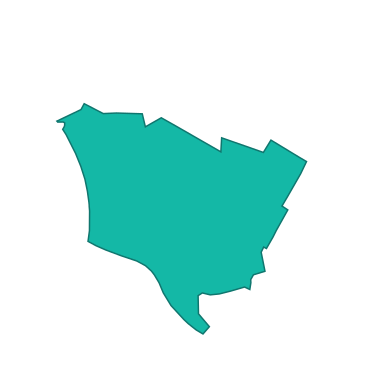 Delaware, Pennsylvania, United States of America, rotated 61°
{"feature_id": "52423323B13183182177213", "entity_name": "Delaware", "entity_type": "district", "adm_level": 2, "iso_a3": "USA", "parent_name": "United States of America", "parent_adm1": "Pennsylvania", "projection": "orthographic", "projection_center": [-75.397, 39.934], "detail": "fine", "context": "isolated", "style": "filled", "palette": "teal", "viewbox_px": 384, "rotation_deg": 61, "n_neighbors": 0, "source": "geoboundaries", "source_scale": "gbopen_adm2", "svg_char_len": 1040}
<svg xmlns="http://www.w3.org/2000/svg" viewBox="0 0 384 384"><g transform="rotate(61 192 192)"><path d="M277.5,154.3L270.6,142.9L266.5,136.9L254.1,116.9L247.9,120.1L242.6,111.1L228.7,88.1L220.9,77.1L212.9,81.8L184.9,97.8L192.0,110.4L159.0,139.8L170.9,147.3L126.7,174.0L112.2,182.9L112.4,201.2L99.5,197.6L86.3,219.8L80.4,231.6L62.5,243.5L66.1,249.1L64.5,275.8L65.3,275.6L65.7,275.6L68.3,270.8L69.7,269.8L72.0,271.1L73.1,272.3L74.5,274.7L80.8,274.3L101.3,275.1L101.7,275.1L115.7,276.8L128.2,279.3L128.8,279.4L140.6,283.1L152.5,287.7L152.5,287.8L153.1,288.0L154.8,288.9L159.0,290.8L176.2,300.5L184.8,306.9L192.4,302.0L201.3,295.2L213.8,284.5L225.5,273.8L233.9,268.4L241.5,265.8L246.3,265.1L249.5,265.0L255.4,264.8L266.3,266.0L281.2,265.4L299.7,260.9L305.3,259.1L314.7,255.2L321.5,251.2L318.2,242.1L301.7,245.4L285.6,236.9L285.3,231.9L290.8,225.9L294.4,217.5L297.3,206.6L300.6,192.1L305.3,188.7L299.9,184.5L297.1,183.1L294.2,178.4L296.7,166.6L278.2,160.7L274.9,156.0L277.5,154.3Z" fill="#14b8a6" stroke="#0f766e" stroke-width="1.5"/></g></svg>